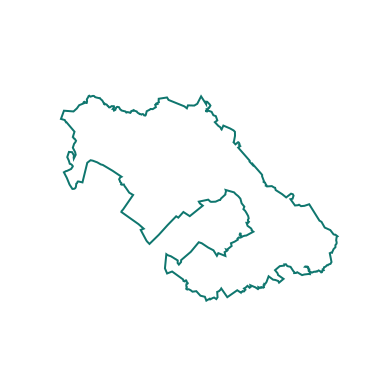 the district of Sahuaripa, Sonora, Mexico, rotated 328°
{"feature_id": "50627088B83077859313792", "entity_name": "Sahuaripa", "entity_type": "district", "adm_level": 2, "iso_a3": "MEX", "parent_name": "Mexico", "parent_adm1": "Sonora", "projection": "natural_earth1", "projection_center": [-108.983, 29.019], "detail": "fine", "context": "isolated", "style": "outline", "palette": "teal", "viewbox_px": 384, "rotation_deg": 328, "n_neighbors": 0, "source": "geoboundaries", "source_scale": "gbopen_adm2", "svg_char_len": 6035}
<svg xmlns="http://www.w3.org/2000/svg" viewBox="0 0 384 384"><g transform="rotate(328 192 192)"><path d="M253.4,127.0L252.7,123.6L251.8,122.9L250.5,125.0L250.4,115.7L243.2,120.0L239.7,119.9L234.5,116.4L232.0,118.3L230.9,115.3L220.9,101.5L220.9,98.6L213.2,95.3L212.0,97.0L211.5,98.3L208.9,98.1L209.2,99.0L207.0,98.6L206.3,100.9L202.6,100.9L200.8,99.6L199.8,99.8L196.4,99.5L194.0,101.8L193.2,102.4L192.8,102.4L192.0,101.6L192.0,100.5L191.7,100.0L191.1,99.6L190.2,99.6L189.5,98.5L188.8,98.1L188.8,97.5L188.2,96.6L187.8,95.4L187.8,94.4L186.5,92.9L186.0,91.7L185.0,92.0L184.6,91.4L184.2,91.5L183.4,91.2L182.4,92.0L181.6,92.2L181.2,91.7L181.1,91.3L180.1,90.6L179.9,90.2L179.4,90.0L178.5,89.9L178.3,89.6L178.5,89.1L178.2,88.4L175.4,85.5L175.4,85.0L174.9,83.9L175.0,81.4L173.9,80.3L173.2,80.1L172.4,80.3L171.7,80.9L171.1,81.0L170.5,81.7L169.0,81.6L169.3,79.9L168.9,79.6L170.9,78.8L171.2,77.8L169.3,76.6L167.1,76.7L166.4,76.1L166.5,74.8L166.1,74.4L166.0,72.8L165.3,71.7L164.4,71.5L164.0,70.8L164.0,70.5L164.6,70.1L164.3,69.0L164.4,66.9L163.7,64.5L163.6,63.5L163.2,63.4L160.9,61.1L160.1,60.1L159.9,59.0L159.6,58.5L158.7,57.9L156.4,57.3L155.9,55.9L155.1,55.9L154.3,56.5L151.9,57.7L151.0,59.6L149.9,60.7L149.5,60.5L148.8,58.7L148.5,58.4L147.9,58.4L147.2,58.8L147.5,59.5L142.3,58.6L138.7,60.1L134.2,60.9L126.5,55.2L119.6,60.6L122.2,63.5L122.1,66.1L122.5,66.2L124.3,78.6L120.1,82.2L120.4,82.8L120.1,83.8L120.7,84.8L120.8,87.1L119.4,88.0L117.6,88.6L114.4,91.3L114.0,96.3L113.1,98.8L109.5,101.0L110.1,99.7L111.2,98.9L111.4,94.7L108.9,92.8L104.7,96.3L104.2,100.0L103.3,103.3L104.2,104.4L104.5,105.4L104.6,106.9L104.4,107.2L101.7,108.4L97.3,107.9L96.1,107.5L93.8,107.4L93.3,113.8L92.1,120.8L92.2,126.0L93.6,126.8L95.0,126.9L96.3,126.1L98.3,123.6L99.1,123.6L100.6,122.6L101.4,123.0L104.2,125.8L118.7,111.7L122.8,111.3L124.4,112.8L127.4,116.7L129.3,120.3L130.7,121.8L135.9,131.9L140.3,141.7L138.9,141.6L137.2,142.4L136.9,142.7L136.8,144.3L136.4,145.1L136.8,147.0L136.6,147.4L135.9,147.8L136.0,148.3L137.1,149.1L138.2,149.5L137.9,151.9L138.1,152.3L138.4,159.3L140.5,163.3L124.3,170.3L122.0,171.0L121.5,171.5L129.6,190.9L131.6,197.5L128.4,197.0L127.6,208.9L127.7,210.3L128.4,213.5L141.2,210.7L153.9,207.1L165.7,204.2L166.8,206.5L174.1,204.4L177.3,211.3L193.9,209.3L192.6,205.8L192.7,203.8L201.7,207.1L202.5,210.0L203.5,210.8L206.9,212.7L210.7,213.2L211.6,213.7L213.1,212.9L219.0,211.8L219.3,211.2L221.3,209.3L221.6,208.1L227.5,214.6L227.9,216.8L229.0,220.1L229.5,223.3L228.1,227.9L228.6,232.2L226.5,233.8L227.1,236.1L227.1,238.3L226.9,242.1L226.1,244.4L224.6,245.3L224.1,246.5L224.5,247.4L223.3,247.9L221.9,247.0L221.2,250.2L222.7,253.9L222.8,255.5L222.3,256.1L223.0,258.2L215.0,257.7L213.6,257.0L210.3,256.2L210.7,253.6L211.5,252.3L210.5,252.9L210.7,253.2L210.3,253.3L210.4,253.6L210.3,253.9L209.8,254.0L210.0,255.0L209.8,256.5L208.5,256.2L207.4,255.3L205.8,255.7L205.6,256.7L201.8,256.7L197.9,256.1L197.0,258.8L191.7,259.4L191.6,259.8L190.9,259.4L190.5,258.9L190.3,260.4L187.8,260.3L186.4,263.9L181.9,257.8L179.3,259.3L179.3,252.8L176.3,247.7L173.1,240.6L171.1,238.2L159.3,242.1L146.7,244.0L145.6,245.6L142.4,246.6L142.2,244.6L143.6,242.5L140.1,235.4L138.0,232.8L137.3,231.1L128.6,242.4L127.7,247.9L133.0,248.9L138.1,261.4L137.6,262.9L138.4,263.9L138.9,263.6L140.1,263.7L140.2,264.4L139.9,265.6L140.1,267.1L139.4,267.4L138.4,267.2L137.3,268.7L137.3,269.9L136.1,270.6L135.8,271.3L136.3,272.2L137.1,272.3L137.8,272.9L138.8,274.6L139.6,276.8L143.1,278.4L144.2,284.4L147.4,287.7L146.6,291.7L150.5,291.9L150.5,292.7L153.3,292.9L154.8,293.2L155.9,295.7L157.9,294.8L160.4,290.1L162.2,290.4L164.6,289.9L165.7,289.3L166.2,299.9L178.3,299.3L180.0,303.0L180.2,302.7L180.5,303.0L180.9,302.9L181.4,303.2L182.3,302.9L182.7,303.5L183.7,303.9L184.4,303.3L185.4,303.2L185.0,301.4L186.8,301.5L189.3,301.0L190.1,303.7L191.5,303.6L192.1,302.0L195.2,306.4L196.5,309.3L197.4,309.1L197.9,307.9L198.9,309.4L199.5,309.1L200.4,309.4L200.5,310.2L201.7,310.3L201.9,310.9L202.6,310.9L203.3,309.0L203.7,309.1L204.0,308.8L204.3,309.0L204.7,308.2L205.2,308.6L205.7,308.6L207.5,307.8L212.3,304.1L214.3,309.3L215.9,310.6L217.9,313.1L217.8,315.0L223.6,314.2L221.0,308.0L221.5,306.3L221.0,302.3L227.1,301.4L231.1,303.2L231.9,302.3L232.3,302.8L233.3,303.0L233.6,305.4L235.9,307.7L236.0,312.7L236.3,314.1L235.7,314.9L237.3,315.8L238.7,315.8L241.3,320.8L243.6,321.5L247.4,323.3L248.4,324.1L248.6,323.4L249.9,323.1L249.9,322.7L249.4,321.9L249.1,321.0L249.4,320.2L250.1,319.6L249.9,319.1L250.0,317.8L250.3,316.9L250.1,316.5L249.1,316.1L248.2,315.3L248.6,315.2L250.3,316.4L250.7,317.0L250.3,319.2L250.5,319.8L249.6,320.9L249.6,321.3L250.3,323.1L250.7,323.3L250.9,323.9L253.4,324.3L254.2,325.0L255.4,325.1L255.7,325.7L257.8,325.6L258.3,326.4L258.5,327.0L259.0,327.5L258.9,328.5L259.3,328.8L259.8,328.8L260.2,328.3L260.9,327.8L262.1,328.1L262.0,326.8L263.1,326.8L264.1,325.8L265.7,326.1L267.6,325.6L268.4,326.1L268.9,325.8L271.4,326.3L273.2,325.3L276.4,316.9L278.1,317.1L278.5,317.7L281.7,315.5L284.4,314.8L285.4,313.1L287.2,312.4L288.0,311.3L288.7,309.3L290.9,306.7L291.9,306.7L291.0,304.2L290.4,303.9L289.6,302.9L289.1,297.6L285.7,292.5L286.0,286.0L284.9,283.8L284.9,264.5L280.0,263.3L277.0,261.8L276.0,259.5L275.0,259.4L272.2,258.0L271.7,250.3L273.7,251.0L276.2,248.9L276.3,247.3L275.1,245.9L269.0,246.5L267.3,241.6L264.0,234.7L264.7,232.5L263.9,231.5L262.8,229.3L258.5,227.0L258.4,226.7L258.7,226.2L258.7,225.7L258.1,225.9L257.9,225.7L258.7,224.8L258.7,223.6L258.9,222.9L258.7,222.0L258.3,221.9L258.1,221.4L258.7,221.2L259.8,215.7L260.5,214.8L260.4,213.5L258.3,200.7L257.8,201.3L256.9,196.6L257.5,196.0L254.7,178.8L257.2,178.6L256.8,177.0L257.6,176.8L257.9,175.4L257.7,174.4L257.5,174.2L254.1,174.6L253.6,171.8L254.3,171.4L258.2,167.2L260.3,163.7L259.9,161.8L257.9,158.2L253.8,152.3L250.2,154.7L250.1,154.3L250.3,153.1L250.2,151.7L249.4,150.0L248.4,144.9L251.4,144.7L252.4,140.3L250.8,138.2L251.1,134.4L249.0,131.7L247.4,131.7L246.7,130.9L246.9,130.5L247.7,130.5L248.3,129.5L249.2,130.2L250.7,129.3L251.1,129.7L253.4,128.5L253.4,127.0Z" fill="none" stroke="#0f766e" stroke-width="2"/></g></svg>